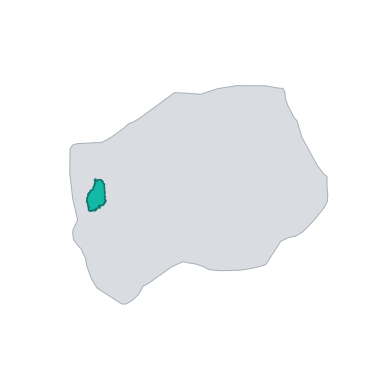 Makoabating, Mafeteng, Lesotho (highlighted), rotated 22°
{"feature_id": "5366337B10709831324049", "entity_name": "Makoabating", "entity_type": "district", "adm_level": 2, "iso_a3": "LSO", "parent_name": "Lesotho", "parent_adm1": "Mafeteng", "projection": "orthographic", "projection_center": [27.416, -29.927], "detail": "fine", "context": "in_parent", "style": "filled", "palette": "teal", "viewbox_px": 384, "rotation_deg": 22, "n_neighbors": 0, "source": "geoboundaries", "source_scale": "gbopen_adm2", "svg_char_len": 5509}
<svg xmlns="http://www.w3.org/2000/svg" viewBox="0 0 384 384"><g transform="rotate(22 192 192)"><path d="M247.7,254.4L237.8,257.4L236.4,257.7L230.1,256.9L221.6,257.5L215.0,259.2L209.9,259.8L201.4,268.7L186.0,292.8L181.9,297.8L180.7,307.3L177.2,314.9L172.8,320.7L168.6,322.1L156.0,319.7L139.8,316.6L130.4,309.3L122.0,299.7L117.6,292.7L112.9,288.9L111.3,286.7L104.7,283.5L102.2,281.8L100.0,280.6L97.4,276.0L95.8,272.0L96.4,260.7L91.7,254.0L83.7,242.6L78.7,233.3L71.7,220.5L67.4,209.5L63.0,198.2L63.5,193.3L67.7,190.0L80.1,184.3L89.7,179.8L96.5,171.7L104.0,159.7L107.7,152.4L111.3,149.1L115.3,144.0L122.3,132.7L130.1,120.1L138.4,106.6L149.0,102.7L163.3,98.2L177.2,86.5L193.7,76.6L220.3,66.0L232.8,63.4L237.5,61.9L240.4,64.0L243.5,70.2L248.0,75.4L258.4,84.5L262.8,86.8L273.4,100.2L284.9,109.5L298.0,120.3L306.9,125.7L311.5,127.2L315.2,136.6L318.9,143.6L321.0,150.1L320.5,156.4L316.0,171.8L309.7,187.5L304.7,194.0L298.7,198.1L292.8,204.2L290.4,216.9L287.5,231.8L279.9,237.8L273.9,241.7L265.7,246.6L247.7,254.4Z" fill="#d9dde1" stroke="#a8b0b8" stroke-width="1"/><path d="M106.0,247.4L106.0,247.1L106.2,246.9L105.9,246.6L106.5,246.3L106.6,246.0L106.7,245.9L106.9,246.0L107.1,246.2L107.3,246.2L108.3,246.2L108.6,246.1L109.2,245.5L109.3,245.3L109.2,245.2L108.8,245.3L108.7,245.3L108.6,245.2L108.5,244.9L108.5,244.7L109.4,244.9L109.7,244.9L109.9,244.7L109.7,244.3L109.6,244.1L109.1,243.7L109.4,243.1L109.5,243.1L110.0,243.2L110.3,243.2L110.5,243.0L110.6,242.8L110.7,242.1L110.7,241.9L110.6,241.7L110.7,241.4L111.0,241.5L111.2,241.4L111.4,241.2L111.6,241.1L112.0,241.2L112.4,241.4L112.5,241.4L112.5,241.2L112.6,240.9L112.4,240.4L112.1,240.2L111.9,239.8L111.4,239.7L111.2,239.8L110.8,239.6L110.7,239.5L110.7,239.0L110.9,238.9L111.4,239.1L111.8,239.1L112.2,238.9L112.5,239.0L112.7,238.9L112.8,238.8L112.8,238.6L113.0,238.4L113.1,238.5L113.3,238.4L113.5,238.3L113.6,237.9L113.8,237.7L114.0,237.5L114.4,237.7L114.5,237.5L114.6,237.2L114.2,236.9L114.2,236.6L114.4,236.1L114.6,235.9L115.0,236.1L115.3,235.9L115.2,235.3L115.3,234.7L115.2,234.4L114.8,234.3L114.6,234.2L114.7,233.2L114.8,233.1L115.0,233.1L115.6,233.2L115.7,232.5L115.4,232.4L114.9,232.1L114.7,232.0L114.7,231.8L114.7,231.7L114.4,231.8L114.3,231.6L114.3,231.4L114.0,231.1L113.9,231.1L113.5,230.6L113.2,230.4L113.2,230.1L113.4,229.9L113.4,229.6L113.2,229.5L113.1,229.4L113.1,229.2L112.9,229.0L112.7,228.8L112.7,228.7L112.9,228.6L112.4,228.4L112.4,228.1L112.2,227.9L112.3,227.7L111.7,226.4L111.7,226.2L111.5,225.9L111.5,225.7L111.7,225.4L111.5,225.1L111.4,224.7L111.1,224.7L110.9,224.5L111.0,224.4L110.8,224.2L110.7,224.1L110.5,223.7L110.4,223.4L110.4,223.1L110.2,223.0L110.1,222.8L110.0,222.7L109.9,222.5L110.0,222.2L109.8,221.9L109.7,221.9L109.4,221.5L109.3,221.4L109.2,221.2L109.1,220.9L109.2,220.7L108.9,220.4L108.7,220.2L108.4,219.8L108.5,219.5L108.3,219.1L108.3,218.9L108.2,218.4L108.2,218.0L108.0,217.8L107.9,217.5L107.8,217.4L107.7,217.4L107.3,217.4L107.2,217.3L106.9,217.4L106.7,217.4L106.3,217.3L106.2,217.1L106.1,216.7L105.8,216.3L105.5,215.7L105.4,215.8L105.2,215.8L104.9,216.0L104.7,216.0L104.7,215.8L104.7,215.7L104.3,215.1L103.6,214.9L103.5,215.0L103.2,215.0L102.4,214.8L102.2,214.9L102.1,215.2L101.8,215.3L101.6,215.4L101.4,215.6L101.1,215.7L101.0,215.8L100.8,215.8L100.3,215.9L100.3,216.0L100.1,216.1L100.1,216.3L100.0,216.8L99.9,216.9L99.9,217.1L99.7,217.5L99.4,217.4L99.3,217.2L99.1,217.3L98.9,217.2L98.6,216.9L98.5,216.7L98.2,216.4L97.9,216.1L97.6,216.3L97.4,216.4L97.5,216.6L97.4,216.7L97.2,216.9L97.4,217.0L97.5,217.1L97.4,217.4L97.6,217.4L97.7,217.5L97.7,217.8L97.7,218.0L97.9,218.0L98.0,218.1L98.1,218.3L98.0,218.6L98.0,218.9L98.2,219.1L98.4,219.0L98.6,219.2L98.7,219.4L98.9,219.5L98.7,219.7L98.7,219.8L98.8,219.9L98.7,220.0L98.6,220.3L98.5,220.7L98.7,220.8L98.5,221.1L98.7,221.3L98.7,221.6L99.0,221.6L98.9,221.9L99.1,222.2L99.1,222.3L98.9,222.5L98.8,222.8L99.0,223.1L98.8,223.2L98.8,223.3L99.1,223.4L99.2,223.5L99.0,223.8L99.1,224.0L98.8,224.2L98.9,224.4L98.8,224.6L98.6,224.8L98.6,225.0L98.8,225.3L99.0,225.6L99.1,225.9L99.2,226.0L99.6,226.4L99.5,226.6L99.2,226.5L99.0,226.8L98.9,227.4L98.9,227.5L98.6,227.6L98.3,227.9L98.0,227.8L97.9,227.9L97.8,228.0L97.5,228.3L97.3,228.7L97.3,228.9L97.4,229.0L97.5,229.0L97.5,229.3L97.2,229.3L97.2,229.5L97.3,229.5L97.3,229.9L97.6,229.9L97.6,230.0L97.7,230.4L97.4,230.5L97.3,230.9L97.1,230.9L97.0,231.2L96.7,231.4L96.7,231.6L96.9,231.7L96.6,232.1L96.8,232.1L97.1,232.1L97.1,232.4L97.3,232.6L97.2,232.7L97.1,232.8L96.9,232.8L96.7,233.1L96.7,233.3L96.6,233.5L96.5,233.9L96.6,234.1L96.8,234.5L97.1,234.9L97.1,235.0L97.3,235.1L97.1,235.5L97.1,236.1L96.9,236.2L96.9,236.5L97.0,236.7L97.0,237.0L96.9,237.1L97.0,237.2L97.3,237.1L97.4,237.3L97.1,237.6L97.4,237.9L97.4,238.1L97.6,238.3L97.8,238.6L97.6,239.0L97.9,239.2L98.0,239.5L98.1,239.3L98.3,239.4L98.3,239.5L98.1,239.9L97.9,239.8L97.8,240.1L98.0,240.3L98.1,240.6L98.1,240.8L98.4,240.9L99.0,241.0L99.3,241.1L99.2,241.4L99.6,241.6L99.9,242.5L100.0,242.6L100.1,242.9L100.2,243.0L100.2,242.8L100.4,242.8L100.4,243.0L100.7,243.1L100.8,243.4L100.6,243.7L100.6,243.8L100.9,243.8L101.0,243.9L101.2,244.0L101.3,244.0L101.5,244.2L101.8,244.4L102.0,244.6L102.0,244.8L101.7,245.1L101.9,245.2L102.0,245.1L102.3,245.1L102.2,245.2L102.3,245.4L102.2,245.9L102.3,246.1L102.5,246.3L102.4,246.7L102.5,246.8L102.8,246.8L102.8,247.0L102.7,247.1L103.1,247.4L103.3,247.7L103.5,247.9L103.9,248.0L104.4,248.0L104.6,247.8L104.8,247.8L104.9,247.6L105.0,247.6L105.3,247.7L105.5,247.6L105.7,247.2L105.8,247.4L106.0,247.4Z" fill="#14b8a6" stroke="#0f766e" stroke-width="1.5"/></g></svg>